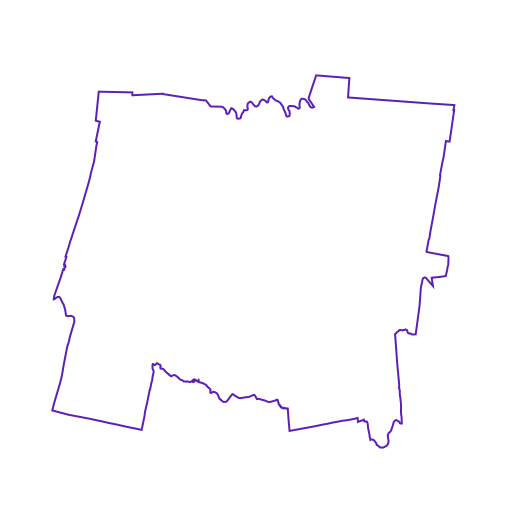 outline of Barla, Arges, Romania, rotated 281°
{"feature_id": "2599482B83740552366716", "entity_name": "Barla", "entity_type": "district", "adm_level": 2, "iso_a3": "ROU", "parent_name": "Romania", "parent_adm1": "Arges", "projection": "natural_earth1", "projection_center": [24.78, 44.442], "detail": "fine", "context": "isolated", "style": "outline", "palette": "violet", "viewbox_px": 512, "rotation_deg": 281, "n_neighbors": 0, "source": "geoboundaries", "source_scale": "gbopen_adm2", "svg_char_len": 6022}
<svg xmlns="http://www.w3.org/2000/svg" viewBox="0 0 512 512"><g transform="rotate(281 256 256)"><path d="M442.0,421.9L439.0,398.3L429.2,316.1L448.5,313.7L444.8,280.6L422.0,277.6L420.8,277.7L420.1,277.9L413.4,284.6L412.8,283.8L412.3,282.8L412.5,281.1L415.0,278.9L416.4,278.0L416.9,276.9L417.7,276.2L419.0,274.5L419.4,272.6L418.9,270.6L417.3,269.8L415.1,269.6L412.5,269.8L410.4,270.6L409.7,270.6L409.1,270.2L408.7,269.6L408.9,268.8L409.4,268.0L409.6,266.9L410.1,265.9L410.3,264.8L409.8,260.9L409.4,260.0L408.6,259.4L408.0,259.2L407.4,259.2L405.9,259.8L404.9,261.0L403.7,261.6L403.0,261.6L402.0,262.1L400.0,262.1L399.6,261.9L398.8,260.0L399.5,258.8L400.2,258.7L400.5,258.3L401.7,257.8L403.7,256.5L405.7,254.9L406.4,254.7L407.7,254.1L408.9,252.9L409.7,251.9L410.8,250.9L411.8,248.9L412.5,245.8L412.8,245.1L414.6,242.0L415.8,241.1L415.1,239.6L413.3,238.7L412.2,238.5L409.7,238.5L409.0,238.2L408.8,237.3L409.9,236.1L410.5,234.5L410.9,232.9L410.7,232.1L408.3,230.4L406.3,230.2L404.0,229.3L402.7,227.7L402.8,226.4L404.4,224.2L406.0,222.6L406.3,221.7L406.4,220.9L405.8,220.3L404.4,219.0L403.3,218.7L400.1,219.3L399.1,219.8L398.1,219.9L397.4,219.2L397.1,218.7L397.0,216.5L394.9,216.0L393.1,215.2L392.0,214.9L391.0,214.8L390.1,214.6L389.1,214.8L388.0,214.2L387.3,212.1L387.4,211.2L388.1,210.7L391.2,209.8L393.1,208.9L394.8,207.1L395.9,205.4L396.4,204.1L396.3,203.4L395.4,203.3L393.7,202.6L391.6,202.4L390.6,201.8L389.9,200.6L390.5,199.5L391.4,199.5L393.2,198.6L394.3,197.4L395.5,195.7L396.0,193.8L394.3,184.0L394.2,182.8L399.2,177.2L398.6,173.2L397.2,133.6L397.5,133.5L390.2,104.0L393.0,103.4L387.3,70.3L358.2,72.9L358.0,77.1L337.9,76.8L337.8,78.2L337.6,78.4L333.9,78.3L318.1,79.0L305.9,78.1L302.5,78.1L298.2,77.9L276.1,75.9L262.0,74.4L245.2,72.2L236.9,71.2L234.7,70.7L232.7,70.7L227.9,70.2L219.0,69.1L218.9,70.1L211.2,69.1L211.1,70.0L209.3,69.8L209.4,70.4L209.9,70.4L209.9,70.6L209.8,70.9L209.6,71.0L209.2,71.0L209.2,70.6L206.0,70.3L206.2,69.3L197.0,68.3L178.9,65.6L174.9,65.7L175.1,66.3L176.4,67.4L177.9,69.0L178.1,69.8L178.2,70.6L177.8,71.4L177.0,72.2L172.5,75.5L172.1,76.1L168.5,78.1L166.3,79.1L161.3,80.9L161.0,82.4L161.3,84.0L162.0,86.0L161.5,88.0L160.6,89.2L157.7,90.1L156.6,90.2L140.7,88.7L136.7,88.7L130.9,88.0L112.6,88.0L101.2,88.3L93.5,87.9L73.0,85.9L65.5,85.5L64.4,102.2L64.5,122.8L64.3,134.9L64.0,143.8L64.0,151.5L63.7,160.7L63.5,176.9L77.2,177.1L82.4,176.8L90.2,177.1L104.7,177.2L104.8,177.5L105.1,177.5L111.2,177.5L114.4,177.8L118.5,177.5L121.6,177.7L123.7,177.4L125.5,176.0L129.6,175.1L130.3,175.4L130.3,175.7L129.6,177.0L129.7,177.4L130.0,177.9L130.9,178.5L131.9,179.3L131.9,179.6L131.1,181.2L130.9,182.6L130.6,182.9L129.8,183.5L129.3,183.5L128.5,183.2L127.9,183.4L127.3,183.9L127.2,184.2L127.6,185.7L127.2,187.0L125.3,189.1L125.0,189.9L124.4,190.6L123.9,191.6L123.5,192.2L123.3,193.1L122.5,193.7L122.2,194.9L121.7,195.4L121.8,195.9L122.5,196.6L123.4,198.1L123.6,198.8L123.5,199.5L121.4,203.7L120.6,204.4L120.4,204.7L119.9,207.5L119.0,209.1L119.4,210.3L119.3,211.6L119.8,212.8L119.6,215.2L119.7,215.5L120.8,216.7L121.1,217.1L120.3,218.0L120.2,218.3L120.6,219.0L121.3,219.6L121.6,219.4L122.1,218.1L122.6,218.0L123.0,218.5L123.2,219.1L123.1,219.6L122.3,221.7L121.7,222.4L122.0,222.7L123.2,223.3L121.2,224.2L121.3,225.0L121.0,227.9L120.6,229.6L119.7,231.9L119.3,232.5L118.5,233.0L118.1,234.0L116.6,236.4L116.1,236.8L115.8,236.9L113.4,237.1L113.0,237.3L113.0,237.7L113.2,238.5L114.3,239.5L114.6,240.1L114.5,241.1L114.3,242.3L113.7,243.9L112.3,245.2L109.9,246.7L108.7,247.6L108.5,248.0L108.5,248.7L107.9,249.1L106.8,251.2L106.6,252.1L107.0,254.0L107.3,254.5L108.7,255.6L112.8,257.5L115.8,259.1L116.0,259.5L114.9,261.8L114.1,264.2L113.4,265.9L113.5,268.0L114.2,269.9L115.0,271.6L115.4,273.2L116.5,276.3L117.9,278.4L118.9,279.7L119.2,280.3L119.2,281.0L118.3,282.1L115.7,284.2L116.3,285.8L115.8,292.6L115.2,295.2L115.1,296.7L115.8,298.6L117.0,300.8L117.9,302.8L118.3,303.3L118.7,303.4L118.6,303.7L118.8,304.3L118.8,304.7L118.7,304.9L116.7,305.8L116.1,306.2L114.9,306.5L114.7,307.1L114.3,307.2L113.9,307.6L113.8,307.8L114.2,307.7L114.1,308.0L113.7,308.3L113.4,308.1L112.7,308.9L112.7,309.1L112.8,309.4L112.2,309.5L112.1,309.8L112.3,310.3L111.9,310.6L111.7,311.1L111.7,312.3L111.8,312.6L112.2,312.5L112.3,313.0L111.9,313.1L112.1,314.2L112.0,315.1L112.4,315.6L112.4,316.3L102.9,318.8L90.7,322.3L100.0,346.0L103.6,354.6L104.8,357.8L106.6,361.8L109.8,370.0L110.7,372.0L112.2,376.9L114.9,383.5L116.4,386.6L112.6,387.8L115.9,393.1L114.7,393.5L114.3,393.8L114.2,394.0L114.7,395.8L114.7,396.1L114.4,396.6L112.5,397.7L109.0,398.7L103.8,400.8L102.7,401.4L101.3,401.7L97.3,403.4L97.9,404.1L98.1,404.9L98.1,405.4L97.6,406.9L97.6,407.2L96.6,408.1L96.0,408.9L94.8,410.1L94.1,410.2L93.7,410.4L92.7,412.8L91.7,414.3L92.0,415.1L91.9,416.3L92.4,417.7L94.4,420.2L95.6,421.0L96.3,421.3L98.2,421.6L100.2,421.3L102.6,420.3L105.1,419.6L106.0,419.6L107.4,420.0L108.3,420.6L109.2,421.4L110.4,421.9L116.2,422.7L118.9,422.8L119.6,423.0L121.2,424.1L121.7,424.8L121.6,425.2L120.9,427.6L120.4,428.2L119.3,429.2L119.2,430.4L119.4,431.1L123.4,430.1L125.7,429.7L127.5,428.9L129.3,428.4L131.8,427.8L134.5,427.4L138.2,426.6L143.3,425.1L146.3,424.0L148.3,423.4L151.1,422.9L151.9,422.4L152.9,422.2L153.9,421.4L154.7,421.6L158.1,420.8L175.4,415.7L205.9,407.4L206.8,408.3L208.2,408.9L209.6,410.4L210.6,410.8L211.0,412.6L210.9,414.0L211.4,414.7L211.6,415.7L212.5,416.8L212.1,418.3L211.5,418.7L210.8,419.0L209.7,419.7L209.2,420.5L209.1,421.1L209.5,422.4L208.8,423.8L208.8,424.5L209.3,426.8L209.6,427.2L209.6,427.7L236.1,426.2L239.6,425.9L255.3,424.0L259.8,423.9L261.8,424.1L263.8,423.9L265.5,424.1L266.3,424.5L267.0,425.5L267.2,425.9L267.0,426.9L260.3,435.4L268.2,432.6L270.4,440.0L272.5,446.1L278.7,446.3L281.9,446.2L283.9,446.4L290.6,445.4L292.6,444.8L292.5,425.2L292.6,422.6L292.8,422.5L304.8,422.4L305.5,422.7L306.1,422.8L314.8,422.5L329.3,422.4L339.8,422.2L358.0,422.2L369.8,421.7L370.3,421.2L384.9,421.1L388.7,421.3L405.1,420.5L405.2,424.0L405.3,424.2L436.8,422.7L437.0,422.7L436.9,422.0L442.0,421.9Z" fill="none" stroke="#5b21b6" stroke-width="2"/></g></svg>